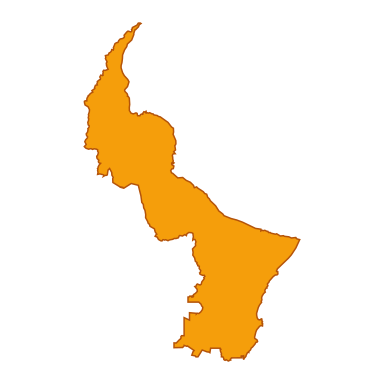 Waitaki District, Canterbury, New Zealand
{"feature_id": "76426892B29825208127723", "entity_name": "Waitaki District", "entity_type": "district", "adm_level": 2, "iso_a3": "NZL", "parent_name": "New Zealand", "parent_adm1": "Canterbury", "projection": "mercator", "projection_center": [170.369, -44.682], "detail": "fine", "context": "isolated", "style": "filled", "palette": "amber", "viewbox_px": 384, "rotation_deg": 0, "n_neighbors": 0, "source": "geoboundaries", "source_scale": "gbopen_adm2", "svg_char_len": 5954}
<svg xmlns="http://www.w3.org/2000/svg" viewBox="0 0 384 384"><path d="M105.4,55.6L105.8,57.6L105.4,58.6L107.1,61.9L106.3,63.1L106.4,64.4L106.8,65.1L106.5,65.6L108.1,69.3L105.4,70.4L103.6,70.3L102.9,71.5L103.2,72.6L102.8,74.0L103.1,75.2L102.6,75.6L100.8,75.1L99.8,77.0L100.5,78.3L100.3,79.5L99.4,79.8L97.3,81.5L97.5,82.2L96.9,83.8L97.3,84.9L95.4,85.3L94.5,87.8L94.8,88.6L91.9,90.6L92.8,92.1L90.2,93.6L89.6,94.7L88.2,95.6L88.2,96.5L87.5,97.1L86.9,98.7L86.8,100.9L85.2,100.8L84.4,101.3L84.5,102.9L85.1,105.0L88.1,106.8L89.5,109.7L89.3,111.9L88.4,114.7L88.7,115.7L88.2,117.9L88.7,118.7L88.4,120.9L87.8,122.3L88.2,124.9L89.2,125.7L89.2,126.2L89.0,127.2L87.8,128.8L88.1,129.6L87.5,132.2L86.2,133.9L86.6,135.6L87.6,136.8L87.4,137.9L85.6,139.9L84.8,141.7L86.2,144.5L84.3,146.6L85.9,148.2L88.6,149.2L91.0,148.6L92.5,149.4L94.1,148.8L96.6,149.2L97.7,149.9L97.6,151.0L98.4,152.7L97.6,155.3L96.8,156.1L96.7,156.6L97.1,158.5L98.8,160.2L98.4,161.2L98.5,162.1L99.1,162.9L100.6,163.3L99.2,164.9L98.2,166.7L98.1,167.8L97.5,168.5L97.9,169.3L97.6,170.4L98.0,172.3L97.6,174.4L99.8,173.9L103.1,174.7L104.0,175.3L103.5,176.3L105.1,175.4L106.7,175.3L107.3,174.8L108.0,170.1L109.6,168.5L111.7,172.5L111.9,175.2L113.2,177.4L112.7,178.6L112.9,182.5L119.7,186.7L121.9,187.2L121.3,187.5L123.8,188.2L131.2,183.5L138.3,185.3L140.9,195.7L141.8,202.4L143.3,204.4L143.7,207.8L145.0,210.4L145.7,214.6L145.6,217.7L147.5,221.2L148.3,223.5L149.4,224.2L150.0,226.3L154.4,228.8L155.2,231.9L156.8,234.2L155.8,235.0L155.1,236.3L157.2,237.1L158.5,239.5L160.8,240.8L162.0,240.9L162.9,239.7L163.4,239.7L164.7,240.1L165.7,239.7L168.0,240.7L169.5,239.9L172.8,239.3L174.1,238.5L176.1,238.5L178.4,237.8L179.0,236.2L179.7,235.5L182.5,236.0L184.9,234.6L186.4,235.6L186.8,233.9L188.8,232.5L191.6,232.7L192.9,233.4L193.4,237.3L193.0,238.0L192.8,240.1L193.8,239.3L195.0,239.5L196.0,241.9L195.4,243.4L195.6,245.7L192.5,249.0L193.1,252.4L192.8,255.1L194.6,257.9L195.4,261.4L197.0,262.5L196.8,263.7L197.8,264.9L197.7,265.7L199.3,266.3L199.2,268.6L200.7,270.4L200.3,272.5L199.6,272.9L200.1,274.3L202.8,275.4L204.3,275.3L204.9,276.4L203.8,277.6L204.3,278.6L201.8,281.9L201.2,284.3L200.0,285.0L197.3,284.0L196.6,284.6L196.2,286.0L194.8,286.5L197.1,289.3L197.3,291.4L195.4,293.4L193.5,294.6L193.5,296.0L192.5,295.9L192.9,296.9L191.9,297.2L191.5,296.5L190.0,296.0L188.7,297.1L188.0,297.1L188.0,302.1L198.8,302.1L201.1,304.3L201.6,305.8L202.8,307.2L202.4,309.6L200.8,311.9L198.9,313.5L197.1,313.2L196.3,314.0L196.3,313.3L189.5,312.7L189.5,320.1L184.1,317.6L184.1,335.7L181.6,335.7L180.9,336.6L181.0,338.0L180.4,339.1L179.7,339.4L176.3,343.0L174.0,342.9L174.0,347.7L182.6,347.5L184.2,345.9L184.2,345.4L186.8,346.3L187.5,346.0L194.1,350.5L193.0,351.8L191.8,355.2L195.2,355.9L195.8,356.8L196.6,356.9L198.0,356.8L202.2,350.0L207.1,351.9L208.7,352.0L209.9,352.7L210.6,348.2L220.2,348.2L220.6,348.9L220.0,348.8L220.6,349.4L220.3,349.8L220.4,351.0L221.5,353.8L221.2,354.5L221.5,355.2L221.4,356.8L222.9,356.9L223.8,358.6L223.8,359.4L224.4,360.0L225.2,360.3L226.2,359.7L228.3,361.0L230.6,360.0L230.2,359.7L230.3,359.3L231.5,357.9L242.0,357.8L241.1,356.2L242.0,355.8L243.0,356.5L243.1,356.3L242.8,356.2L243.6,355.8L243.6,359.7L244.1,358.4L245.9,356.4L246.1,355.4L247.3,352.9L248.0,352.3L248.8,352.5L248.7,351.6L250.5,349.9L251.2,348.1L252.5,347.1L255.0,344.1L255.9,342.3L257.1,342.1L257.6,341.3L256.9,339.7L254.8,338.5L254.6,337.1L255.9,331.8L256.8,329.7L259.6,326.3L261.0,325.5L262.1,325.6L262.5,326.6L262.6,323.6L262.1,323.5L261.9,322.8L262.5,321.8L262.1,321.5L262.2,321.0L261.8,320.4L261.9,319.1L261.2,318.8L260.7,319.5L259.8,319.9L258.2,319.5L257.2,317.8L256.7,315.5L256.6,313.3L258.3,307.5L259.7,304.7L261.6,302.3L261.2,301.2L261.9,299.9L261.6,297.9L262.0,296.3L263.6,293.6L265.3,292.1L264.8,291.0L265.1,289.7L266.1,288.1L267.0,288.0L266.9,286.9L267.9,285.8L267.4,284.1L267.6,283.6L268.8,282.4L269.4,280.9L273.2,276.6L275.3,275.0L277.0,274.9L277.9,274.0L277.7,271.0L277.6,271.7L276.6,271.5L276.6,270.9L277.3,271.1L276.6,270.8L277.4,268.8L288.4,258.2L291.3,254.9L295.9,247.9L299.7,239.6L297.2,239.0L295.7,237.9L296.1,237.9L295.8,237.5L291.4,238.0L288.8,236.8L284.4,236.3L283.5,235.7L280.3,236.0L276.7,233.8L275.5,234.2L271.1,233.2L270.2,232.5L268.6,232.5L267.8,231.3L267.1,231.4L264.8,230.3L263.1,230.7L262.0,230.2L260.9,230.9L260.9,229.2L255.5,228.4L242.6,222.2L236.7,220.0L231.0,218.5L224.0,215.7L222.8,214.0L218.8,210.9L215.6,205.8L210.4,200.8L209.3,198.8L207.7,197.3L206.7,194.2L204.7,193.5L203.3,191.7L197.9,188.2L196.6,186.9L194.3,187.7L193.5,185.4L190.4,182.3L186.1,180.3L182.7,177.5L177.8,177.9L172.8,173.4L171.5,172.8L170.7,170.6L171.8,169.0L173.3,168.6L173.9,166.0L172.3,165.1L171.7,164.2L171.7,163.3L173.4,163.6L174.0,162.9L172.6,162.2L173.2,161.5L173.2,160.3L172.8,159.6L172.7,157.0L172.3,155.7L172.8,154.3L173.5,153.8L175.2,153.7L173.7,151.7L175.5,149.9L174.8,145.6L175.6,144.7L175.9,143.7L175.8,140.6L173.1,134.3L173.6,132.0L173.4,128.2L171.5,127.0L168.0,122.4L160.3,116.9L158.4,116.4L157.2,115.5L153.9,114.9L153.1,113.9L151.9,113.8L149.7,112.7L148.4,113.1L146.9,112.7L146.1,113.1L145.8,112.7L146.2,111.9L146.0,111.3L145.3,112.1L143.9,111.7L142.8,113.3L142.9,114.1L142.5,114.3L142.1,113.9L140.5,114.6L139.9,115.8L137.6,115.7L137.1,113.4L136.0,112.9L133.3,113.9L131.1,113.2L129.4,110.6L129.3,107.4L129.7,104.5L129.3,98.1L128.4,96.7L127.4,96.2L127.7,95.3L127.1,93.7L125.0,91.5L124.6,90.6L124.8,89.6L127.5,86.6L129.0,81.8L127.7,79.4L124.3,75.7L122.6,72.7L121.1,67.9L121.1,65.6L121.9,62.7L122.4,58.9L122.6,54.9L124.6,49.8L126.7,46.7L127.4,44.0L131.7,40.0L133.8,34.6L133.8,33.3L135.0,29.7L135.6,29.7L138.4,26.9L139.3,24.7L141.0,23.5L140.2,23.0L138.3,23.1L136.9,25.2L132.4,27.5L132.2,28.8L131.5,29.4L131.9,30.6L131.6,31.4L130.8,31.9L128.0,31.1L126.8,32.0L124.1,35.2L124.4,36.6L124.1,37.5L122.6,38.5L120.2,39.0L118.7,40.6L118.0,42.4L116.5,42.7L115.0,43.6L113.3,47.9L113.6,48.6L113.3,50.0L111.7,49.6L111.3,51.3L110.1,52.5L109.2,52.8L108.2,54.9L105.4,55.6Z" fill="#f59e0b" stroke="#b45309" stroke-width="1.5"/></svg>